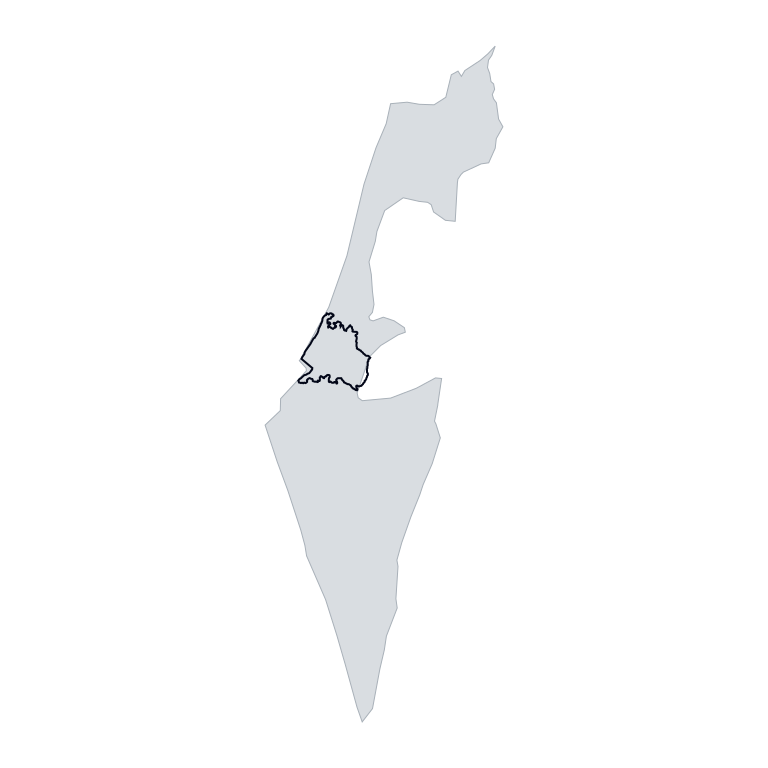 Ashqelon, HaDarom, Israel (highlighted)
{"feature_id": "584046B11408100439208", "entity_name": "Ashqelon", "entity_type": "district", "adm_level": 2, "iso_a3": "ISR", "parent_name": "Israel", "parent_adm1": "HaDarom", "projection": "orthographic", "projection_center": [34.744, 31.637], "detail": "fine", "context": "in_parent", "style": "outline", "palette": "ink", "viewbox_px": 768, "rotation_deg": 0, "n_neighbors": 0, "source": "geoboundaries", "source_scale": "gbopen_adm2", "svg_char_len": 7407}
<svg xmlns="http://www.w3.org/2000/svg" viewBox="0 0 768 768"><path d="M495.2,46.1L491.8,55.3L488.5,60.1L487.5,67.5L489.7,73.5L491.0,81.6L493.6,83.9L494.6,89.3L492.3,94.5L493.5,98.8L496.4,102.8L498.6,119.1L502.9,126.8L496.3,138.6L495.2,148.2L488.7,162.8L481.1,163.9L463.4,172.1L461.0,174.5L457.9,179.2L457.4,182.8L455.2,221.3L445.4,220.3L433.6,212.0L431.2,204.7L427.6,202.3L419.2,201.4L403.2,197.8L384.7,210.5L376.9,231.5L375.3,241.3L369.0,261.9L371.3,274.6L372.4,290.9L374.0,304.4L372.4,312.4L368.8,316.7L369.9,319.8L373.1,320.9L383.3,317.2L394.1,320.8L404.4,327.7L405.3,332.2L398.0,334.9L380.7,345.5L368.5,357.7L365.3,369.0L357.1,392.9L358.2,397.8L362.3,400.7L390.6,398.1L416.2,388.3L435.5,377.9L441.6,378.5L437.7,404.9L437.8,405.0L434.5,421.2L435.9,423.9L440.3,437.9L432.2,463.7L423.1,484.7L419.8,494.7L410.9,516.8L401.8,542.5L396.9,560.1L398.0,566.4L395.9,598.8L397.2,608.0L386.4,636.1L384.3,650.0L379.9,668.8L372.5,708.6L362.2,721.9L357.0,707.1L345.3,664.6L336.9,635.5L325.6,599.6L306.6,555.9L304.9,545.4L300.8,530.1L287.8,490.4L277.2,461.7L265.1,425.1L280.3,410.6L280.6,398.7L306.4,370.8L306.1,368.1L299.3,360.7L300.3,359.4L328.7,307.4L346.9,255.9L364.0,184.2L376.0,147.8L386.2,123.7L390.6,103.7L407.1,102.2L419.4,104.3L434.1,104.8L445.8,97.3L451.3,74.8L458.0,71.1L461.4,76.4L464.9,70.5L480.1,60.5L487.7,54.0L495.2,46.1Z" fill="#d9dde1" stroke="#a8b0b8" stroke-width="1"/><path d="M361.2,385.9L361.5,385.7L361.7,385.2L362.0,385.0L362.3,384.8L362.4,384.6L362.7,384.3L363.0,384.1L363.1,383.6L363.4,383.1L363.8,382.9L364.3,382.2L364.6,382.0L364.7,381.7L364.6,381.0L364.9,380.6L365.3,380.5L365.5,380.0L366.1,379.4L366.4,378.0L366.5,377.8L366.7,377.6L366.9,377.2L367.1,376.2L367.2,375.7L367.6,375.4L367.8,375.2L367.9,374.3L367.9,373.7L367.7,373.2L367.2,372.7L367.0,372.1L367.0,371.6L367.0,370.3L366.9,369.5L367.0,368.9L367.4,368.0L367.4,367.7L367.2,367.4L367.2,366.8L367.4,366.5L367.5,366.0L367.7,365.5L367.8,365.0L367.7,364.2L367.7,363.5L367.8,362.9L367.6,362.5L367.7,361.8L367.9,361.4L368.2,361.3L368.4,361.1L368.4,360.5L368.4,359.8L368.5,359.4L368.7,359.2L369.1,359.0L369.2,358.7L369.4,358.5L369.8,358.4L370.2,357.7L369.9,357.5L369.6,357.1L369.3,356.8L368.9,356.3L368.4,355.9L367.7,355.8L366.6,355.8L365.7,355.5L365.3,355.2L364.8,354.5L364.3,354.1L363.9,353.9L363.3,353.5L363.1,353.0L362.6,352.4L361.5,351.6L361.1,351.3L360.9,350.7L360.4,350.6L360.2,350.5L359.7,350.0L359.3,349.8L359.0,349.8L358.8,349.4L358.4,349.2L357.7,349.1L357.2,348.8L356.9,348.4L356.8,348.1L357.0,347.4L356.7,346.8L356.5,346.3L356.5,344.0L356.8,342.7L356.1,341.7L356.2,340.8L356.7,338.8L356.7,338.3L356.7,337.7L356.6,336.8L356.2,336.5L355.8,336.2L355.5,335.8L355.5,335.3L355.8,334.9L356.1,334.8L356.7,334.4L357.2,334.0L357.3,333.5L357.3,332.5L356.7,331.9L354.6,331.8L353.5,331.7L353.0,331.7L352.6,331.5L352.4,331.2L352.7,330.3L352.8,329.9L352.7,329.5L352.1,328.8L352.0,328.1L352.0,327.4L351.8,326.9L351.3,326.6L350.5,326.4L350.4,326.2L350.4,325.8L350.3,325.4L350.2,325.3L349.7,325.6L349.2,326.2L348.8,327.0L348.2,327.5L347.2,328.4L346.6,329.2L346.4,329.4L346.3,329.8L346.4,330.4L346.2,330.9L345.9,330.8L345.2,330.4L344.7,330.5L344.2,330.1L344.0,329.9L343.9,329.2L343.8,328.7L343.7,328.3L343.2,327.8L343.2,326.9L343.2,325.9L342.9,325.5L342.6,325.3L342.2,325.2L341.9,325.0L341.5,324.8L341.2,325.0L341.1,325.5L341.1,326.0L340.8,326.4L340.8,326.1L340.3,325.9L340.1,325.7L340.1,325.4L340.2,325.2L340.5,324.7L340.8,324.5L340.9,324.1L340.8,323.0L340.6,322.7L340.3,322.4L339.8,322.2L339.3,322.2L339.1,322.0L338.6,321.7L338.0,321.5L337.6,321.5L337.3,321.7L337.0,322.3L336.4,322.7L336.2,323.0L335.8,323.1L334.6,323.0L334.3,322.8L334.0,322.8L333.6,323.1L333.5,323.4L333.7,323.8L334.5,324.3L334.8,324.7L335.0,325.1L335.4,325.3L335.7,325.7L336.0,325.9L336.1,326.6L335.7,327.2L335.4,327.5L335.1,327.4L335.0,327.1L334.8,327.0L334.5,327.6L334.3,327.9L333.9,328.1L333.5,328.4L333.2,328.8L332.6,328.8L331.9,328.2L331.4,328.1L331.2,328.0L331.1,327.6L330.7,327.4L330.3,327.1L329.9,326.9L329.7,326.8L329.0,326.9L328.8,327.2L328.3,327.5L328.0,326.8L328.2,326.3L328.3,326.0L328.8,325.5L329.4,324.9L329.9,324.4L330.3,324.1L330.4,323.5L330.2,323.1L329.8,322.9L329.7,322.5L329.4,322.3L328.8,322.3L328.4,322.4L328.2,322.7L328.1,323.3L327.9,323.5L327.6,323.5L327.4,322.7L327.4,322.2L327.5,320.7L327.5,319.9L327.8,319.4L328.4,319.3L328.8,318.9L329.3,318.7L329.7,318.8L330.8,318.6L331.2,317.1L331.7,317.1L332.2,316.8L332.3,316.5L333.2,316.2L333.6,315.7L333.5,315.1L333.4,314.7L333.1,314.4L332.4,314.4L332.1,314.2L331.9,313.7L331.7,313.5L330.7,313.3L330.1,313.3L329.5,313.7L329.0,314.3L328.7,314.5L328.2,314.2L327.9,313.9L327.4,313.5L327.0,313.5L326.7,313.4L326.1,315.0L325.2,315.3L323.9,316.4L323.0,317.6L322.5,318.6L322.3,320.9L321.4,323.2L320.9,323.8L320.7,324.9L320.2,325.7L319.8,326.8L319.3,327.5L319.1,328.2L318.6,329.1L318.5,330.2L318.2,331.2L317.8,332.3L317.2,333.7L316.5,334.7L315.8,335.9L315.1,336.9L314.7,337.8L314.1,338.0L313.5,338.5L312.6,340.0L311.8,341.4L310.3,344.2L308.4,346.8L306.8,349.1L305.9,350.3L304.7,352.3L304.3,354.3L303.5,355.3L302.1,357.4L301.7,358.5L301.5,358.9L305.4,362.2L311.7,367.5L312.3,367.9L312.2,369.0L312.1,369.6L311.6,370.0L311.4,370.5L311.1,370.7L310.6,371.5L309.2,373.2L308.6,373.4L307.3,373.8L306.6,374.5L305.8,374.8L304.9,375.0L304.3,375.1L303.6,375.8L302.3,376.9L301.6,377.6L300.9,378.3L299.5,379.1L298.3,380.7L298.6,381.2L299.0,382.5L300.0,382.7L300.4,382.9L301.0,383.1L302.0,382.7L302.5,382.9L303.0,383.2L303.4,383.2L304.0,382.7L304.6,382.7L305.1,383.0L305.5,383.1L305.9,382.9L306.5,382.5L307.1,381.9L307.1,381.3L306.9,380.5L307.0,380.0L307.3,379.6L307.7,379.5L307.9,379.0L308.5,378.6L309.5,378.1L310.2,378.3L310.6,378.6L311.1,378.8L311.7,378.9L312.3,379.0L312.6,379.5L312.7,380.3L312.7,380.9L313.0,381.2L313.5,381.3L314.4,381.6L315.1,381.8L315.8,381.6L316.4,381.6L316.8,381.7L317.2,382.1L317.8,382.0L317.9,381.4L317.9,381.0L318.0,380.6L318.4,380.6L319.1,381.0L319.5,381.0L319.9,380.1L319.9,378.9L319.8,378.4L319.8,377.5L320.2,377.3L320.3,377.0L320.6,376.3L320.9,376.1L321.5,376.4L321.7,376.6L322.2,376.8L322.7,377.3L323.0,377.5L323.2,377.9L323.5,378.1L324.1,378.1L324.3,377.0L324.5,376.9L325.1,376.7L325.6,376.7L325.9,376.1L326.5,376.0L326.7,375.5L326.8,375.3L327.9,374.9L329.2,375.1L329.5,375.3L329.6,375.6L329.7,376.8L329.6,377.4L329.3,377.8L329.0,378.0L328.9,378.6L328.8,379.8L328.8,381.2L328.9,381.8L329.3,382.0L329.7,382.1L330.2,381.5L330.5,381.5L331.4,382.2L331.7,382.6L332.0,382.7L332.6,382.8L333.9,382.7L334.3,382.0L335.1,382.0L335.8,382.2L336.1,382.9L336.5,383.5L336.9,383.5L337.1,383.3L337.2,383.1L337.2,382.5L337.0,381.7L336.8,381.3L336.3,380.5L336.2,380.2L336.2,379.8L336.4,379.5L337.3,378.5L337.9,378.2L339.1,378.2L341.3,378.2L341.6,378.6L341.7,379.2L341.9,379.6L342.2,379.8L342.4,380.0L342.5,380.3L342.9,380.5L343.1,380.7L343.2,381.0L343.5,381.2L343.8,381.5L343.9,382.1L344.0,382.4L345.0,382.7L345.5,383.2L345.9,383.3L346.6,383.5L346.9,383.8L347.3,384.1L348.0,384.1L348.8,384.2L349.2,384.4L349.5,384.7L350.0,384.9L350.6,385.2L350.8,385.7L351.0,385.8L351.1,386.0L351.3,386.6L351.5,386.8L351.8,387.0L352.1,387.4L352.2,387.7L352.6,387.9L352.9,388.1L353.2,388.6L354.1,388.8L354.5,389.3L355.2,389.5L355.5,389.7L355.7,390.0L356.3,390.2L357.1,390.2L357.3,389.9L357.4,389.4L357.3,388.9L357.0,388.4L356.6,388.0L356.3,386.9L356.2,386.6L356.2,386.1L356.6,385.7L357.1,385.6L357.6,385.7L357.9,386.0L358.3,386.3L359.5,386.3L360.0,386.1L360.7,385.9L361.2,385.9Z" fill="none" stroke="#020617" stroke-width="2"/></svg>